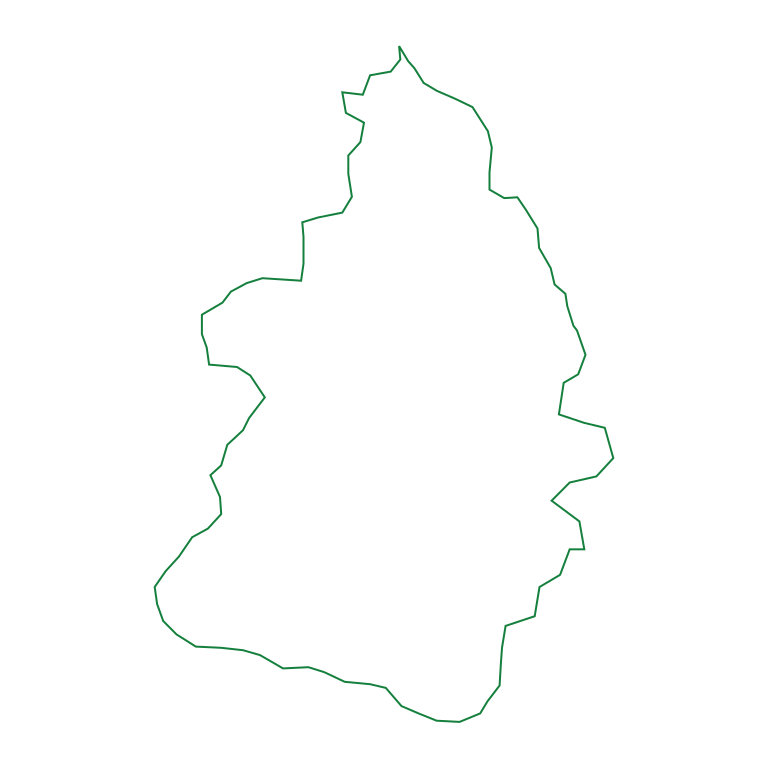 Palaikythro, Cyprus
{"feature_id": "46923920B63602794647925", "entity_name": "Palaikythro", "entity_type": "district", "adm_level": 2, "iso_a3": "CYP", "parent_name": "Cyprus", "parent_adm1": "", "projection": "mercator", "projection_center": [33.49, 35.188], "detail": "fine", "context": "isolated", "style": "outline", "palette": "green", "viewbox_px": 768, "rotation_deg": 0, "n_neighbors": 0, "source": "geoboundaries", "source_scale": "gbopen_adm2", "svg_char_len": 1340}
<svg xmlns="http://www.w3.org/2000/svg" viewBox="0 0 768 768"><path d="M209.1,364.6L237.0,367.0L250.3,375.5L264.8,397.4L249.1,418.0L243.0,430.2L227.3,444.8L221.2,465.4L210.4,475.2L220.0,497.0L221.2,514.1L207.9,528.6L192.2,537.2L178.9,556.6L165.6,571.2L154.7,587.0L157.1,604.0L163.2,621.0L176.5,634.4L195.8,646.6L221.2,647.8L243.0,650.2L260.0,655.1L283.0,668.4L308.4,667.2L324.1,672.1L344.7,681.8L370.1,684.2L385.8,687.9L401.5,706.1L418.5,713.4L436.6,720.7L459.6,721.9L480.2,713.4L487.5,701.3L499.6,685.5L500.8,664.8L502.0,647.8L505.6,625.9L534.7,616.2L539.5,587.0L560.1,574.8L569.7,549.3L584.3,549.3L579.4,521.4L551.6,500.7L569.7,482.5L596.4,476.4L613.3,458.1L604.8,427.8L584.3,422.9L558.9,414.4L563.7,382.8L578.2,374.3L585.5,354.8L577.0,330.5L573.4,325.7L567.3,306.2L565.4,293.8L554.6,284.5L550.7,268.1L539.1,247.9L537.5,228.5L525.9,209.8L517.4,197.3L504.2,198.1L489.5,189.6L489.5,172.4L491.8,147.6L487.9,131.2L472.5,107.1L454.6,98.5L436.8,90.8L423.7,83.0L414.4,68.2L408.2,61.2L399.1,46.1L400.3,59.5L390.7,71.6L370.1,75.3L362.8,94.7L342.3,92.3L345.9,112.9L364.0,122.7L360.4,142.1L348.3,155.5L348.3,173.7L351.9,196.8L342.3,212.6L318.0,217.5L302.3,222.3L303.5,236.9L303.5,263.7L301.1,280.7L262.4,278.2L246.7,283.1L230.9,291.6L222.5,302.6L201.9,314.7L201.9,334.2L206.7,347.5L209.1,364.6Z" fill="none" stroke="#15803d" stroke-width="2"/></svg>